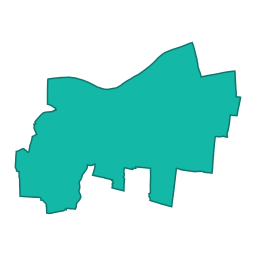 Kota Mojokerto, Jawa Timur, Indonesia
{"feature_id": "22746128B53956788697299", "entity_name": "Kota Mojokerto", "entity_type": "district", "adm_level": 2, "iso_a3": "IDN", "parent_name": "Indonesia", "parent_adm1": "Jawa Timur", "projection": "orthographic", "projection_center": [112.435, -7.471], "detail": "fine", "context": "isolated", "style": "filled", "palette": "teal", "viewbox_px": 256, "rotation_deg": 0, "n_neighbors": 0, "source": "geoboundaries", "source_scale": "gbopen_adm2", "svg_char_len": 5532}
<svg xmlns="http://www.w3.org/2000/svg" viewBox="0 0 256 256"><path d="M201.1,76.9L200.9,75.9L200.3,73.4L199.1,70.2L198.3,67.8L197.8,66.3L197.8,64.2L197.2,61.4L196.8,59.0L196.2,56.6L195.6,54.4L194.8,50.9L194.2,48.8L193.3,45.6L192.2,42.6L189.4,43.5L185.2,45.2L181.4,46.7L176.2,48.4L172.4,49.6L168.2,51.3L167.7,51.5L164.5,52.9L162.0,54.6L157.9,58.1L154.5,61.8L149.7,66.2L143.3,71.1L138.8,74.3L133.9,76.8L131.1,78.7L128.5,80.1L126.4,81.4L122.6,83.9L121.3,85.1L117.0,87.6L115.6,88.1L114.6,88.3L114.6,88.2L112.8,88.5L110.1,89.0L108.6,89.3L107.5,89.4L104.1,89.2L97.2,87.0L93.3,84.8L88.6,82.5L82.9,80.2L75.6,78.1L68.8,77.2L67.7,77.3L60.3,77.6L56.8,78.0L56.6,78.0L55.3,78.1L53.0,78.4L49.9,78.8L49.2,78.8L48.0,79.1L47.8,80.0L47.7,82.1L47.5,91.2L47.5,104.2L49.8,104.8L51.9,105.9L54.0,107.4L55.5,108.1L55.6,108.5L55.6,108.9L55.9,109.4L56.0,109.6L56.0,110.1L55.8,110.3L55.4,110.2L54.8,110.1L54.6,110.6L54.4,110.7L53.4,110.8L53.2,111.2L51.0,111.8L48.1,112.0L46.2,112.2L45.8,112.2L43.4,112.8L41.0,114.9L38.7,117.4L36.8,119.6L36.6,120.1L36.3,120.2L35.5,121.1L35.0,121.7L35.1,122.5L35.5,122.9L35.8,123.6L34.7,124.0L34.2,124.0L33.9,124.1L33.9,124.3L33.9,124.8L34.5,126.1L34.5,126.4L34.0,127.4L34.1,128.5L34.9,130.3L36.1,133.1L36.8,134.4L36.2,134.6L34.8,135.3L34.1,135.8L32.4,136.5L31.7,140.0L31.2,141.9L30.7,143.4L30.1,144.9L29.9,145.9L29.9,146.2L29.3,149.2L29.0,151.3L28.6,152.3L27.4,151.9L25.6,150.1L25.1,150.2L24.3,149.2L23.7,148.7L22.8,148.7L20.8,149.6L18.6,150.8L18.0,151.0L17.8,151.3L16.3,151.4L16.2,153.5L16.0,154.9L15.8,158.6L15.7,161.0L15.4,164.8L15.4,167.7L16.0,168.6L16.3,168.9L16.5,169.3L16.5,170.4L16.5,170.8L16.8,171.1L17.6,171.5L18.5,171.5L19.0,171.5L19.1,172.6L19.1,174.1L19.1,176.1L19.1,176.7L19.2,177.5L19.6,178.3L19.6,178.9L19.7,180.3L19.7,180.5L19.7,183.5L19.7,185.7L19.8,186.1L19.8,188.8L20.0,189.2L20.1,189.7L20.0,190.3L19.9,190.7L19.9,192.7L20.0,193.6L20.0,194.6L20.1,196.2L20.5,196.2L20.5,196.3L23.2,196.5L36.2,197.3L37.7,197.3L39.7,197.5L40.7,197.9L41.0,198.2L40.9,200.1L42.7,200.3L43.7,201.4L44.3,202.0L46.2,203.9L46.3,205.9L46.3,206.2L46.6,206.2L46.5,207.4L46.6,207.5L46.6,208.2L46.6,208.7L46.7,209.5L46.7,210.1L46.6,211.5L46.7,212.4L46.9,213.2L49.4,213.4L50.4,213.4L51.8,213.1L53.1,212.7L57.1,211.9L59.9,211.4L63.6,210.7L64.3,210.3L64.8,209.9L65.0,209.5L65.2,209.2L66.1,209.8L66.5,208.4L69.3,208.5L70.3,208.6L71.1,208.9L71.3,208.8L72.0,208.6L75.1,209.1L75.3,209.1L76.2,207.0L76.3,206.1L76.3,205.5L76.5,203.8L76.9,202.9L78.3,201.3L79.6,199.7L80.4,198.2L80.8,196.7L80.6,195.5L80.2,194.4L79.8,193.6L79.3,192.4L79.2,192.0L78.8,191.2L79.2,190.1L79.5,189.3L79.6,188.5L79.8,187.1L79.5,184.3L79.2,182.5L79.9,180.6L80.5,180.2L81.2,178.7L81.8,177.2L82.0,176.4L82.2,175.9L82.5,174.5L83.8,173.1L84.8,171.6L85.5,170.7L86.2,169.6L86.9,168.5L87.2,167.5L87.2,166.4L87.3,165.0L87.8,165.1L88.0,165.0L88.3,165.2L88.7,165.3L89.3,165.4L90.9,165.5L92.6,165.1L94.0,164.6L94.7,164.1L94.9,164.5L94.9,164.9L95.2,165.2L95.1,165.9L94.1,170.5L92.6,175.2L100.7,177.0L102.2,177.3L105.4,177.9L105.3,178.2L106.1,178.4L107.3,178.6L111.3,179.5L112.1,179.7L111.7,179.9L111.6,180.3L112.2,180.9L112.3,181.0L113.0,182.0L113.4,183.1L113.1,183.5L112.4,183.5L112.2,183.8L112.2,184.0L112.4,185.2L112.4,186.1L112.5,186.6L112.1,187.0L112.1,187.9L112.7,188.0L114.2,188.5L114.5,188.5L115.8,188.8L119.4,189.8L119.9,189.9L120.0,189.8L123.9,190.9L124.0,186.3L124.2,182.7L124.3,180.3L124.6,178.8L124.1,178.2L123.6,177.6L123.4,177.4L123.5,176.7L124.0,176.4L124.1,175.9L124.3,173.6L124.1,173.1L123.8,171.2L124.0,170.0L124.2,168.9L124.4,167.8L124.7,167.9L125.2,168.0L125.3,167.9L127.4,168.3L129.9,168.9L131.8,169.3L132.7,169.5L133.0,168.2L135.7,168.4L135.9,168.3L135.8,166.9L143.9,167.6L150.5,168.3L150.5,171.2L150.6,172.5L150.6,172.9L150.6,173.1L150.6,173.9L150.6,177.1L150.6,178.7L150.5,180.0L150.5,180.4L150.5,180.9L150.5,181.2L150.5,181.3L150.4,183.3L150.3,185.7L150.4,187.0L150.4,190.6L150.4,191.7L150.4,193.1L149.3,193.5L149.0,193.6L149.2,194.3L149.1,195.4L149.1,195.5L148.9,196.1L150.2,198.5L150.2,199.1L150.2,199.3L150.1,200.1L150.0,200.4L150.6,200.6L151.4,200.9L151.6,200.9L152.2,201.1L152.9,201.3L153.3,201.4L154.0,201.6L156.6,202.4L157.4,202.6L158.3,202.9L159.6,203.3L161.9,204.1L162.0,204.1L171.7,206.7L172.2,202.1L172.8,197.5L172.8,197.4L173.3,193.9L173.6,191.7L175.2,178.3L175.2,178.2L176.4,168.3L177.0,168.5L178.5,168.7L181.7,169.8L181.8,169.9L182.7,170.0L183.0,170.1L183.4,170.1L183.5,170.1L187.0,170.6L187.5,170.7L188.7,170.8L188.9,170.9L190.1,171.0L191.3,171.1L192.3,171.3L193.7,171.6L194.8,171.6L195.6,171.6L195.8,171.6L196.5,171.5L196.9,171.5L197.9,171.4L199.1,171.4L200.9,171.3L201.3,171.3L201.6,171.3L201.9,171.3L202.5,171.4L203.0,171.6L203.2,171.8L203.5,171.9L203.9,172.1L204.8,172.3L206.4,172.5L208.9,172.7L212.0,173.1L212.5,168.9L212.6,166.3L212.8,163.2L212.8,162.6L213.3,156.7L213.8,150.2L214.3,144.9L215.0,138.3L215.1,137.5L215.2,136.8L215.6,136.5L217.2,136.6L219.1,136.8L220.6,136.7L222.2,136.4L223.1,136.3L224.6,136.6L226.0,137.0L226.8,137.1L227.5,137.0L227.5,136.8L227.5,136.7L227.4,136.1L227.0,135.1L227.1,133.8L227.9,130.8L228.6,127.6L229.2,124.2L229.4,122.6L230.0,116.8L230.2,115.1L236.9,115.7L237.2,114.9L237.8,110.7L239.2,104.4L240.6,97.3L238.9,97.0L237.0,96.9L236.1,96.7L236.1,96.4L236.1,95.8L236.2,94.7L236.2,94.0L236.2,93.3L236.1,91.9L236.0,90.7L235.9,90.7L234.9,71.1L229.4,71.6L223.4,72.6L222.1,72.9L220.7,73.2L217.2,73.9L216.6,74.1L215.0,74.3L213.5,74.6L211.4,75.0L210.3,75.1L210.2,75.2L209.6,75.3L208.7,75.4L207.7,75.5L206.6,75.8L205.3,76.1L204.0,76.3L202.6,76.6L201.1,76.9Z" fill="#14b8a6" stroke="#0f766e" stroke-width="1.5"/></svg>